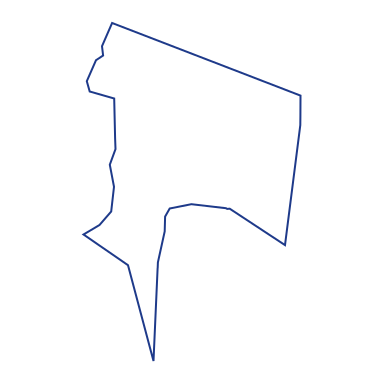 Tari/Pori District, Southern Highlands, Papua New Guinea (Natural Earth projection)
{"feature_id": "67681753B42536665224623", "entity_name": "Tari/Pori District", "entity_type": "district", "adm_level": 2, "iso_a3": "PNG", "parent_name": "Papua New Guinea", "parent_adm1": "Southern Highlands", "projection": "natural_earth1", "projection_center": [142.92, -5.861], "detail": "fine", "context": "isolated", "style": "outline", "palette": "blue", "viewbox_px": 384, "rotation_deg": 0, "n_neighbors": 0, "source": "geoboundaries", "source_scale": "gbopen_adm2", "svg_char_len": 496}
<svg xmlns="http://www.w3.org/2000/svg" viewBox="0 0 384 384"><path d="M228.9,68.0L112.1,23.0L102.0,46.2L103.1,55.5L96.0,60.2L86.8,81.2L89.7,91.5L114.2,98.5L115.1,138.1L115.5,149.1L109.8,164.7L114.0,186.8L111.2,211.5L99.5,225.0L83.5,234.5L128.0,265.2L153.5,361.0L157.6,268.4L157.7,267.6L157.9,262.4L164.7,231.4L165.1,216.6L169.7,208.5L191.4,204.2L225.9,208.2L227.2,208.9L229.7,208.7L285.0,245.1L300.3,125.1L300.4,116.0L300.5,95.6L228.9,68.0Z" fill="none" stroke="#1e3a8a" stroke-width="2"/></svg>